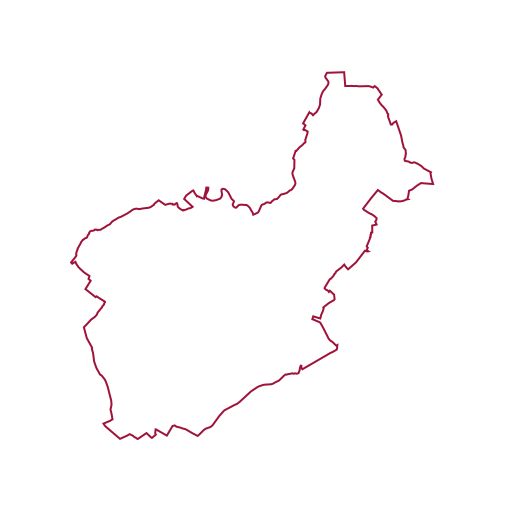 Ganesti, Mures, Romania (Albers equal-area conic projection), rotated 75°
{"feature_id": "2599482B44077836388237", "entity_name": "Ganesti", "entity_type": "district", "adm_level": 2, "iso_a3": "ROU", "parent_name": "Romania", "parent_adm1": "Mures", "projection": "albers", "projection_center": [24.339, 46.342], "detail": "fine", "context": "isolated", "style": "outline", "palette": "rose", "viewbox_px": 512, "rotation_deg": 75, "n_neighbors": 0, "source": "geoboundaries", "source_scale": "gbopen_adm2", "svg_char_len": 6102}
<svg xmlns="http://www.w3.org/2000/svg" viewBox="0 0 512 512"><g transform="rotate(75 256 256)"><path d="M250.7,129.7L248.1,131.3L245.7,133.4L244.1,135.4L239.3,139.8L238.0,140.3L230.0,129.9L223.8,121.2L227.0,118.7L228.2,117.4L230.6,115.4L238.2,109.4L239.6,105.4L240.2,104.3L240.3,103.8L240.2,103.5L240.6,102.4L240.8,101.0L240.7,100.4L240.8,98.4L240.6,97.3L240.3,96.5L240.5,94.4L239.9,94.9L237.0,93.2L232.6,91.3L232.1,87.8L229.8,82.6L228.6,78.9L228.5,77.8L228.3,77.6L229.1,75.5L232.3,66.3L226.6,66.5L221.1,66.0L220.4,65.3L215.1,71.1L212.2,72.8L209.4,75.3L206.9,78.2L206.4,79.1L206.5,81.1L205.9,82.6L204.7,83.7L203.9,84.8L202.9,87.3L202.2,87.6L201.5,87.6L200.4,87.3L199.1,86.1L197.0,85.4L196.4,84.8L192.3,84.1L189.1,85.4L187.3,85.1L184.6,85.2L177.1,84.7L162.1,85.7L162.9,88.5L163.4,89.6L163.8,89.8L164.3,90.6L164.1,91.4L163.9,91.8L161.3,91.9L156.3,92.4L154.4,92.1L153.6,91.6L153.1,91.6L152.1,92.2L150.5,92.3L149.0,92.6L144.8,94.4L143.3,95.4L140.1,96.8L136.5,97.8L132.7,92.8L125.2,95.4L122.6,97.5L123.6,99.3L122.3,101.1L121.1,103.0L118.8,112.5L117.7,115.3L117.4,116.9L116.6,119.2L114.9,125.8L101.3,123.3L97.4,140.0L99.4,142.0L100.1,142.5L100.8,142.8L101.7,142.7L105.8,141.1L106.5,141.0L107.5,141.2L108.4,141.6L109.8,142.8L113.0,146.7L113.3,147.4L115.0,149.3L117.0,150.9L120.7,153.2L126.2,154.9L129.1,156.8L130.5,158.1L132.5,160.1L133.7,162.6L134.8,164.5L132.7,165.5L131.7,167.1L131.0,167.3L140.1,176.2L142.6,174.4L146.1,177.6L146.5,177.4L146.8,177.0L146.6,176.6L146.9,176.1L149.1,173.9L151.0,174.7L156.7,178.4L158.5,178.6L159.2,179.3L159.4,180.2L161.0,182.8L161.9,185.1L162.5,186.2L165.0,189.9L164.7,190.5L171.4,194.9L173.1,194.0L180.4,196.1L181.3,196.4L184.2,198.8L185.5,199.4L186.9,199.6L189.7,199.4L194.5,198.9L196.2,199.2L197.3,199.8L200.1,202.9L201.2,204.6L201.4,205.3L201.4,206.3L202.8,209.2L203.1,210.2L203.2,212.8L203.1,215.2L203.2,216.2L205.5,219.4L206.4,221.1L206.0,223.8L206.6,224.7L207.1,226.1L208.4,228.0L208.4,228.7L207.4,230.4L207.0,232.3L207.8,234.1L208.1,237.0L208.5,237.7L213.4,241.6L214.3,242.5L214.6,243.3L215.2,246.2L215.4,248.0L213.5,248.0L212.5,248.2L211.3,248.7L208.2,249.4L207.1,249.9L206.1,250.5L204.7,251.5L204.3,252.0L202.6,257.0L202.4,258.4L202.4,259.4L202.6,260.0L204.1,262.3L204.1,263.2L203.5,264.0L202.3,264.9L201.2,265.2L200.3,265.2L197.5,263.1L197.1,263.2L194.5,264.8L187.4,266.3L185.7,267.2L183.7,268.5L183.0,269.4L182.6,270.3L182.5,271.1L182.7,271.7L183.0,272.2L184.9,272.6L188.1,272.9L189.0,273.4L190.4,274.5L191.3,275.9L191.4,276.6L191.7,280.1L191.6,281.9L191.4,283.4L191.1,284.4L190.2,285.9L187.8,288.6L186.8,289.1L185.8,289.3L184.9,289.2L184.1,288.9L180.7,285.8L179.6,285.0L177.7,284.4L177.0,286.2L179.5,287.3L184.6,290.2L187.2,291.4L186.5,292.8L182.8,297.2L183.0,297.6L178.8,299.1L176.5,299.5L176.6,300.7L179.6,307.9L182.3,310.6L192.1,304.5L192.5,305.6L192.8,307.4L192.6,308.6L193.1,312.1L193.1,314.5L192.7,314.5L192.6,315.3L191.6,316.4L189.6,318.0L188.5,318.6L187.4,318.8L185.8,318.5L184.4,318.8L184.7,320.3L185.3,321.2L185.2,321.8L184.7,323.2L184.0,323.2L183.2,325.5L183.0,326.1L183.1,330.4L177.0,335.6L178.9,340.0L179.4,340.8L179.8,341.0L180.3,341.6L180.5,342.8L180.9,343.4L181.5,345.4L181.6,347.4L180.8,352.9L180.5,356.6L180.3,357.2L179.7,358.3L179.3,359.3L179.2,360.1L179.2,362.0L179.5,363.4L180.8,366.9L181.6,369.4L183.2,376.3L183.3,378.5L185.2,385.2L185.6,386.2L187.5,388.9L188.1,391.9L188.9,394.1L189.5,396.0L189.8,397.6L190.3,398.9L190.4,399.5L190.0,401.4L190.0,402.6L189.4,402.9L189.1,403.8L188.8,404.7L189.2,405.3L189.4,406.9L189.1,408.6L189.2,409.7L190.3,411.1L191.4,411.5L191.5,411.9L192.5,413.2L194.2,414.3L194.5,414.7L194.6,416.4L195.5,418.3L195.5,419.0L197.5,421.5L198.4,422.1L200.9,424.7L201.5,425.1L202.6,426.4L203.6,426.6L204.2,427.3L206.5,428.8L207.6,429.2L208.6,429.2L209.3,429.6L209.8,430.1L214.4,436.3L215.9,435.5L215.3,433.7L214.9,431.9L216.3,431.8L216.9,431.5L217.5,431.6L219.8,430.6L220.2,430.6L222.5,429.4L227.1,426.5L229.6,424.4L232.2,422.0L234.8,423.7L237.1,422.1L243.8,429.3L254.2,421.6L253.7,420.5L261.1,413.7L261.6,413.9L262.4,414.8L263.4,415.3L265.0,417.6L265.6,417.9L269.6,423.6L271.4,424.8L273.1,427.4L274.8,431.8L278.3,437.3L280.3,440.7L291.5,440.7L302.0,438.1L302.5,438.1L303.3,438.6L307.6,438.5L315.6,439.6L318.6,439.5L323.0,439.1L329.9,437.4L330.3,437.2L331.5,436.0L336.2,434.0L338.3,433.6L344.1,433.1L358.5,433.3L362.4,434.1L366.7,436.3L371.2,436.4L376.7,436.9L376.8,437.9L377.4,439.2L378.4,446.7L380.8,445.9L382.8,444.7L397.4,434.7L396.2,427.2L395.4,424.1L397.8,421.4L399.7,420.1L400.3,419.2L402.0,417.9L402.1,417.4L398.7,407.6L403.9,404.4L404.6,403.9L404.7,403.3L402.6,399.0L401.5,399.2L400.9,399.2L397.4,397.8L397.4,397.7L406.4,388.6L398.6,380.6L398.6,378.4L400.3,377.0L402.3,373.3L403.7,371.4L404.9,369.1L405.8,368.1L410.9,363.1L413.8,359.9L414.6,359.2L414.6,358.7L413.7,356.9L410.6,351.5L409.8,349.3L409.4,344.5L409.1,343.5L408.3,341.8L401.2,333.1L397.3,327.2L396.8,326.1L394.5,316.1L393.9,312.4L392.7,309.6L385.4,295.7L382.9,288.2L382.6,286.2L382.4,282.7L382.5,281.0L383.8,274.7L383.7,272.5L383.1,270.5L382.4,266.7L382.2,265.9L378.8,259.9L378.1,258.1L378.5,257.2L378.4,255.6L378.6,254.6L378.7,251.2L379.2,250.6L379.5,250.0L379.4,248.8L380.2,247.1L380.3,245.9L380.0,245.1L377.9,243.6L375.1,242.3L373.5,241.1L373.8,240.6L374.9,241.0L375.7,241.0L377.4,240.5L368.9,209.2L368.5,206.5L367.3,202.3L366.1,201.6L363.1,200.5L363.4,201.6L363.2,201.8L358.8,204.4L356.7,206.3L354.7,207.2L342.3,209.8L337.0,211.2L336.1,212.1L331.6,217.9L329.1,216.3L333.0,210.1L329.5,208.1L327.1,206.1L324.1,204.2L323.1,204.3L320.3,197.8L318.9,192.5L318.5,191.6L317.8,191.2L313.5,190.6L308.7,193.6L309.6,194.9L308.2,195.4L307.5,196.0L306.9,196.9L305.7,197.8L304.8,198.1L304.1,197.6L297.5,190.7L297.2,189.3L294.9,185.9L293.8,185.1L293.2,183.8L292.1,183.0L291.6,182.3L289.2,176.5L287.1,173.0L288.9,172.4L291.3,171.3L292.7,170.5L288.1,161.1L279.1,149.4L280.2,147.8L280.4,147.2L280.5,146.3L279.7,147.0L278.6,147.3L276.9,145.9L275.4,146.6L268.7,141.5L267.5,141.1L267.5,140.6L265.3,139.9L265.3,139.5L263.2,138.8L263.4,137.6L256.7,135.9L256.8,131.4L253.6,131.9L253.1,131.2L252.3,130.4L250.7,129.7Z" fill="none" stroke="#9f1239" stroke-width="2"/></g></svg>